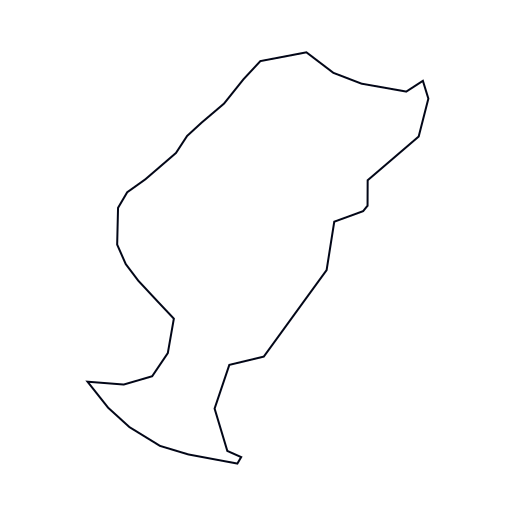 outline of Pedoulas, Nicosia, Cyprus, rotated 277°
{"feature_id": "46923920B72226225421474", "entity_name": "Pedoulas", "entity_type": "district", "adm_level": 2, "iso_a3": "CYP", "parent_name": "Cyprus", "parent_adm1": "Nicosia", "projection": "equal_earth", "projection_center": [32.829, 34.962], "detail": "fine", "context": "isolated", "style": "outline", "palette": "ink", "viewbox_px": 512, "rotation_deg": 277, "n_neighbors": 0, "source": "geoboundaries", "source_scale": "gbopen_adm2", "svg_char_len": 685}
<svg xmlns="http://www.w3.org/2000/svg" viewBox="0 0 512 512"><g transform="rotate(277 256 256)"><path d="M464.3,281.2L450.0,236.6L430.0,222.1L403.4,205.7L381.8,185.8L366.8,173.0L348.5,164.0L318.6,136.8L303.6,120.4L287.0,113.2L250.4,116.8L232.1,127.7L217.1,142.2L198.8,164.0L183.8,182.1L148.9,180.3L124.0,167.6L112.3,140.4L110.7,104.1L87.4,127.7L70.7,151.3L55.8,183.9L50.8,213.0L49.1,240.2L47.7,262.8L54.6,265.8L59.0,251.3L99.5,233.5L144.7,242.8L157.1,276.0L216.0,308.6L250.6,327.8L299.6,329.5L313.6,356.9L318.6,360.0L319.4,360.6L344.8,357.6L394.4,402.9L433.2,407.9L450.2,400.3L437.5,385.1L439.9,339.8L447.2,310.5L464.3,281.2Z" fill="none" stroke="#020617" stroke-width="2"/></g></svg>